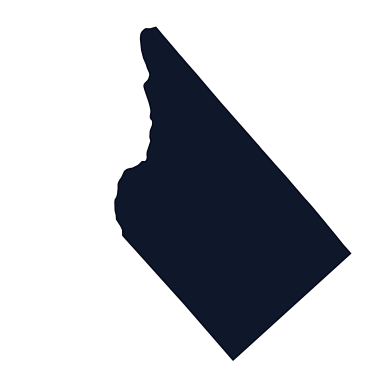 outline of Jo Daviess, Illinois, United States of America, rotated 49°
{"feature_id": "52423323B10546312408424", "entity_name": "Jo Daviess", "entity_type": "district", "adm_level": 2, "iso_a3": "USA", "parent_name": "United States of America", "parent_adm1": "Illinois", "projection": "robinson", "projection_center": [-90.406, 42.351], "detail": "fine", "context": "isolated", "style": "filled", "palette": "ink", "viewbox_px": 384, "rotation_deg": 49, "n_neighbors": 0, "source": "geoboundaries", "source_scale": "gbopen_adm2", "svg_char_len": 1472}
<svg xmlns="http://www.w3.org/2000/svg" viewBox="0 0 384 384"><g transform="rotate(49 192 192)"><path d="M114.4,176.5L115.9,178.1L118.2,182.6L119.1,183.8L123.2,187.8L125.9,189.0L126.9,189.9L132.5,199.4L134.6,201.5L136.3,202.6L137.3,203.6L138.3,205.4L138.6,206.6L138.4,207.3L138.1,208.0L136.8,209.2L136.4,210.0L136.7,212.3L136.7,215.5L135.0,221.7L134.0,223.0L132.4,226.4L132.3,229.4L135.1,235.5L135.9,238.9L137.1,241.6L138.4,243.1L140.8,245.1L144.9,249.4L146.9,252.6L147.4,254.7L148.9,256.5L155.6,262.0L159.8,264.2L163.2,266.8L171.0,267.9L175.1,269.1L179.5,272.7L272.1,271.1L345.7,271.2L342.3,112.7L330.5,112.8L318.1,112.3L317.9,112.3L313.0,112.2L312.2,112.1L304.8,112.0L304.1,111.9L281.2,111.4L273.1,111.5L272.3,111.6L252.3,111.5L243.4,111.4L236.2,111.5L226.0,111.7L218.9,111.7L207.4,111.8L206.4,111.9L200.6,111.7L199.6,111.7L198.2,111.8L185.3,111.8L160.8,112.0L158.6,112.0L157.4,112.0L142.7,112.1L134.2,112.0L129.8,112.0L114.0,111.8L112.1,111.8L107.0,111.7L90.1,111.8L85.0,111.7L84.9,111.7L82.2,111.7L80.2,111.8L76.3,111.7L55.8,111.5L54.5,111.5L44.0,111.3L41.6,116.6L38.5,119.9L38.3,121.2L38.4,124.1L39.3,126.7L42.4,130.1L44.8,131.8L51.7,136.7L59.2,140.5L65.8,142.6L69.3,144.2L74.0,145.6L75.2,146.2L76.3,147.1L78.3,150.1L79.0,152.3L79.3,156.2L79.5,157.1L80.6,158.7L83.5,160.2L96.2,165.4L100.7,167.6L103.4,169.2L105.3,170.9L107.5,173.6L108.9,174.6L109.9,174.9L111.8,174.8L113.0,175.3L114.3,176.3L114.4,176.5Z" fill="#0f172a" stroke="#020617" stroke-width="1.5"/></g></svg>